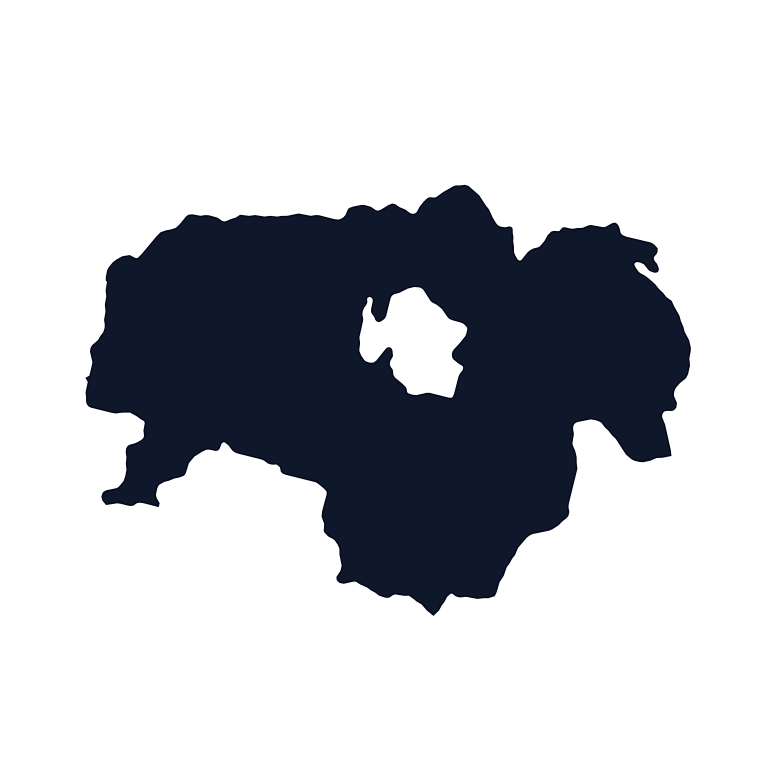 San Juan de la Maguana, San Juan, Dominican Republic (Albers equal-area conic projection), rotated 284°
{"feature_id": "3306468B55528819950271", "entity_name": "San Juan de la Maguana", "entity_type": "district", "adm_level": 2, "iso_a3": "DOM", "parent_name": "Dominican Republic", "parent_adm1": "San Juan", "projection": "albers", "projection_center": [-71.221, 18.893], "detail": "fine", "context": "isolated", "style": "filled", "palette": "ink", "viewbox_px": 768, "rotation_deg": 284, "n_neighbors": 0, "source": "geoboundaries", "source_scale": "gbopen_adm2", "svg_char_len": 6144}
<svg xmlns="http://www.w3.org/2000/svg" viewBox="0 0 768 768"><g transform="rotate(284 384 384)"><path d="M584.8,583.2L585.5,579.2L586.5,577.4L587.9,576.1L591.5,574.4L593.8,572.7L595.1,571.2L595.7,569.3L594.7,567.0L589.9,561.9L588.5,559.4L587.6,546.4L586.7,544.4L582.8,539.1L581.3,533.8L579.7,530.3L579.2,527.5L579.1,521.6L578.7,520.5L578.1,519.6L574.6,517.9L573.9,517.1L572.8,511.6L571.8,510.0L567.6,507.4L561.5,505.9L555.0,502.7L553.2,500.8L551.0,496.6L548.5,493.8L546.1,492.1L537.2,488.0L536.0,486.7L535.7,485.5L536.2,483.7L537.0,482.6L540.6,479.2L543.0,477.6L549.0,476.0L553.2,474.2L558.0,473.2L561.6,471.6L565.1,470.7L566.1,470.0L566.5,468.9L566.5,467.7L564.7,464.0L564.2,461.2L564.3,457.6L565.0,455.5L566.8,453.1L571.7,448.3L578.2,443.2L581.3,439.1L589.5,430.3L595.9,417.8L596.1,414.5L594.5,410.4L593.5,406.4L592.5,404.4L584.5,396.0L577.0,389.5L576.3,387.8L575.6,383.5L574.6,381.9L570.5,379.2L564.4,376.4L558.5,374.9L556.9,373.8L555.7,372.2L555.2,370.1L555.3,368.0L557.6,362.6L558.7,355.6L560.4,351.5L560.4,348.8L558.4,345.8L551.4,338.9L550.0,336.5L549.9,333.8L552.0,328.3L552.2,322.0L551.6,319.0L548.2,311.8L546.2,308.7L544.8,307.5L538.3,306.4L535.7,305.1L533.0,302.5L531.7,299.9L531.2,296.0L531.3,280.2L530.7,277.2L528.7,272.3L528.0,260.0L523.1,249.8L521.7,244.4L519.9,240.2L518.9,233.2L516.8,227.5L516.0,218.3L513.8,212.7L512.7,203.8L508.9,200.3L506.5,196.1L503.4,192.1L502.4,190.2L502.3,187.5L504.4,182.0L504.6,173.5L503.9,169.8L502.1,165.6L501.5,157.0L500.3,153.8L498.4,152.1L489.3,147.8L484.6,144.8L481.6,140.0L479.7,135.7L476.6,131.0L471.7,128.1L450.7,117.9L446.5,115.3L445.7,114.3L445.3,112.4L446.8,106.1L444.0,99.6L439.4,94.7L436.1,92.1L430.8,89.5L427.1,88.6L420.1,89.0L417.4,89.8L417.1,90.7L415.7,91.3L407.7,92.0L401.9,94.1L393.5,94.7L387.1,97.0L378.7,97.6L373.8,99.6L370.7,100.1L366.1,99.8L361.8,97.9L357.2,96.6L350.7,92.1L348.0,91.3L344.5,91.6L335.8,96.1L333.8,96.7L320.6,96.9L317.7,93.9L314.7,96.8L303.8,97.2L299.5,98.8L294.3,100.2L292.4,101.7L291.5,103.0L290.9,105.3L290.9,125.6L291.2,130.6L293.5,136.4L295.6,144.4L293.5,152.4L291.7,156.6L290.7,160.2L290.0,161.2L288.2,162.1L280.8,162.6L276.0,164.4L273.3,164.4L270.7,162.8L267.5,159.5L265.6,157.1L262.6,151.8L261.0,150.7L258.9,150.2L255.5,150.6L250.7,152.6L244.4,153.5L238.8,155.6L231.9,156.0L226.6,155.5L220.5,152.6L218.4,151.1L217.3,149.5L213.0,140.5L211.2,138.6L209.3,137.9L206.5,137.8L203.4,139.4L200.2,143.7L204.4,153.7L204.8,157.0L204.8,165.4L205.3,168.4L206.3,170.1L209.2,172.6L210.5,175.4L210.9,179.4L210.8,194.4L213.7,194.4L218.0,190.3L221.4,188.7L228.3,188.5L230.6,188.9L232.6,189.9L236.6,194.2L238.5,197.9L242.4,203.3L244.4,207.6L247.2,211.6L249.7,212.5L260.2,213.1L268.2,217.0L275.1,223.6L278.0,227.3L278.8,230.2L279.1,236.9L280.0,238.6L281.7,239.4L287.4,240.2L289.2,241.7L289.7,242.8L289.3,244.5L287.4,248.4L283.3,253.5L282.2,256.3L281.9,260.1L281.9,283.3L281.4,286.3L279.6,290.6L279.3,292.6L279.5,295.3L280.4,298.1L280.6,299.8L278.5,303.8L274.5,305.7L273.2,307.8L272.9,311.6L272.9,341.4L272.1,344.2L269.3,350.2L267.1,353.9L265.7,355.2L263.0,355.8L245.8,355.5L240.6,356.2L234.0,360.6L228.0,361.6L226.3,362.3L223.3,367.0L222.0,372.3L221.1,374.3L217.5,378.4L213.9,381.2L207.9,382.8L197.7,387.6L192.0,387.7L185.4,385.3L182.9,386.1L181.0,388.8L181.1,393.0L185.8,402.4L186.1,405.0L184.4,409.7L183.1,417.4L181.5,420.9L180.1,426.3L178.2,430.5L177.7,436.9L178.4,440.1L181.9,443.3L183.3,445.5L184.1,454.7L185.4,459.4L183.5,464.5L181.5,468.6L180.0,474.0L175.4,480.5L171.9,487.8L178.0,491.5L183.4,492.9L187.6,494.7L193.0,496.0L197.5,499.0L197.8,501.3L196.1,505.1L195.9,507.8L196.2,509.9L198.1,514.8L198.8,526.4L200.9,532.0L202.1,536.7L205.4,542.1L209.1,542.9L219.8,543.3L226.9,545.8L236.2,546.7L240.4,548.5L245.8,549.9L250.0,551.8L257.7,553.0L269.6,558.9L272.5,561.1L274.9,563.9L282.2,579.1L284.5,582.2L289.6,587.0L293.9,589.4L298.5,593.0L301.1,594.1L304.6,594.0L308.8,592.1L312.4,591.5L348.4,591.4L353.4,589.5L359.4,587.9L364.7,585.2L369.9,581.3L371.9,580.4L381.2,579.6L386.0,577.6L388.1,577.1L390.8,577.4L392.6,578.3L394.4,580.3L400.4,592.9L400.9,598.0L400.3,603.0L399.4,605.0L395.8,609.5L393.8,613.2L389.8,618.4L387.4,622.7L374.8,636.1L371.5,642.7L370.9,645.5L370.9,650.6L371.5,654.2L374.8,660.8L378.8,666.0L380.6,672.0L384.1,679.4L389.1,677.5L412.3,665.9L418.7,661.2L421.5,660.6L424.3,661.2L425.9,662.4L427.1,664.7L428.3,669.9L429.6,671.4L432.0,672.6L436.2,672.1L442.0,667.7L444.0,667.0L446.8,666.7L451.1,667.3L457.0,670.4L462.8,674.8L467.0,675.9L475.7,675.7L482.7,673.3L489.9,672.9L493.3,672.2L499.9,668.8L506.9,662.5L511.2,660.2L516.4,656.3L521.3,653.5L529.5,645.8L533.6,642.6L536.0,636.6L539.5,632.0L541.9,627.7L545.9,622.4L549.0,616.5L551.5,611.1L552.8,605.8L553.7,603.8L556.9,599.9L559.9,597.3L561.9,597.2L563.4,598.2L564.3,599.9L564.6,603.4L563.7,607.6L559.7,612.8L558.6,614.7L558.1,619.5L559.1,621.8L560.9,622.4L562.6,621.8L566.0,619.4L568.5,616.1L570.5,614.7L573.1,614.6L576.4,616.3L578.3,616.7L581.4,616.1L584.1,612.0L585.1,608.6L584.8,583.2ZM456.8,347.0L459.3,347.3L462.4,346.2L464.0,346.5L465.7,348.3L465.7,351.0L464.5,352.6L462.2,353.8L453.5,354.1L451.5,354.6L450.1,355.4L447.2,358.9L444.9,360.4L443.8,361.7L443.5,363.6L444.4,365.3L447.7,368.1L450.6,368.9L468.1,368.9L470.3,369.1L472.3,369.9L474.2,371.7L476.8,376.4L483.0,383.6L486.1,389.5L487.0,394.4L486.9,396.6L486.0,399.3L476.3,409.7L475.4,411.7L474.3,416.4L471.5,422.4L465.3,429.4L463.7,431.8L463.2,434.7L462.9,444.7L462.4,446.8L460.5,450.1L459.4,451.5L457.5,452.3L453.8,452.5L450.0,452.1L442.5,448.7L433.9,444.0L431.9,443.4L429.8,443.3L427.0,444.2L425.3,445.8L422.5,451.7L421.3,456.0L419.5,457.6L416.3,457.7L412.3,455.9L409.2,455.2L390.9,455.1L387.4,454.4L386.1,452.7L385.7,450.6L385.7,430.4L385.0,427.7L380.2,418.1L379.7,413.5L380.2,409.2L381.3,407.7L384.4,406.5L385.7,405.3L388.0,401.6L392.3,392.6L394.6,390.3L399.3,388.6L401.9,385.6L404.0,384.2L407.4,383.7L413.2,385.2L418.3,383.4L419.7,382.3L420.2,381.2L420.0,379.4L418.8,378.1L404.5,371.5L401.9,369.4L400.8,366.9L400.5,364.1L400.9,360.5L401.9,358.5L405.6,354.5L409.2,351.7L411.2,351.0L417.6,350.2L423.2,348.1L440.0,347.7L442.0,347.3L446.2,345.4L449.7,345.0L453.3,345.5L456.8,347.0Z" fill="#0f172a" stroke="#020617" stroke-width="1.5"/></g></svg>